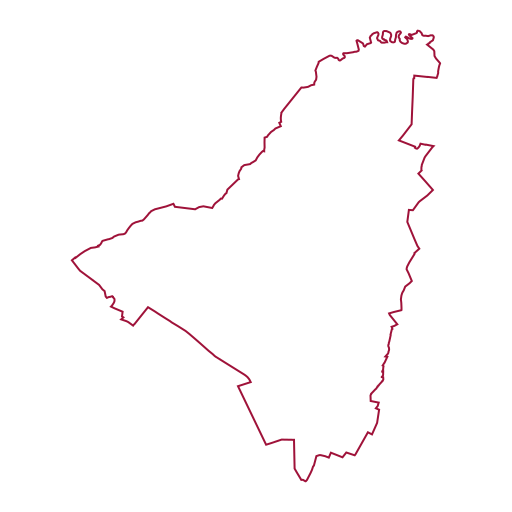 Lazuri, Satu Mare, Romania (Robinson projection)
{"feature_id": "2599482B42166201983382", "entity_name": "Lazuri", "entity_type": "district", "adm_level": 2, "iso_a3": "ROU", "parent_name": "Romania", "parent_adm1": "Satu Mare", "projection": "robinson", "projection_center": [22.883, 47.894], "detail": "fine", "context": "isolated", "style": "outline", "palette": "rose", "viewbox_px": 512, "rotation_deg": 0, "n_neighbors": 0, "source": "geoboundaries", "source_scale": "gbopen_adm2", "svg_char_len": 5896}
<svg xmlns="http://www.w3.org/2000/svg" viewBox="0 0 512 512"><path d="M128.3,322.1L133.1,325.6L133.8,324.6L134.4,324.2L148.0,307.2L154.8,311.4L158.1,313.6L165.0,318.0L170.0,321.1L171.7,322.4L177.9,326.1L185.5,330.9L189.4,334.0L199.7,342.9L208.6,350.8L212.7,354.1L214.7,356.0L215.8,356.8L244.0,374.4L245.6,375.5L247.5,377.1L249.1,379.1L249.7,380.1L250.7,382.1L238.0,386.2L266.1,444.7L270.9,443.2L281.6,439.6L294.0,439.8L294.6,468.6L296.8,472.4L301.3,479.9L302.4,479.8L303.1,479.9L305.4,481.3L305.8,481.2L306.1,480.9L307.0,479.9L310.6,472.9L312.0,469.8L313.0,466.7L313.4,466.1L313.9,465.6L316.4,456.1L319.4,455.1L320.5,455.1L325.2,456.2L328.8,457.6L330.9,452.7L342.5,457.3L346.3,452.5L354.7,455.3L355.5,454.3L367.9,432.3L372.0,434.4L377.1,422.9L379.1,409.7L375.9,408.3L377.7,406.0L378.7,402.6L370.7,401.0L370.5,395.5L370.8,394.7L371.2,394.1L371.1,393.8L375.5,389.2L376.3,388.6L377.1,387.1L377.6,386.8L377.7,386.2L378.2,385.9L378.4,385.5L378.6,385.5L379.4,384.4L381.7,381.9L381.9,381.4L382.2,381.4L382.6,381.0L383.3,379.5L383.3,378.9L383.2,377.3L381.8,377.1L381.8,376.9L382.2,376.6L383.0,375.4L383.1,374.9L383.2,371.6L382.4,371.9L382.2,371.8L382.2,371.3L382.8,370.3L383.2,369.1L383.2,367.9L383.5,366.5L383.5,366.1L383.3,365.8L382.7,365.5L383.5,364.2L384.3,362.9L384.5,362.8L387.3,356.8L385.4,356.5L388.0,353.6L388.4,352.6L388.5,351.5L388.9,350.6L389.1,349.5L389.0,347.9L388.3,346.1L388.3,345.0L388.8,343.9L388.8,342.9L389.3,341.5L390.7,335.0L390.5,334.7L391.9,329.1L392.4,328.9L392.2,328.0L391.6,326.8L394.3,325.9L397.3,324.3L389.8,315.0L389.1,313.4L393.9,312.0L401.3,310.2L401.5,310.0L401.5,307.9L401.3,302.9L400.9,299.3L401.4,295.6L402.1,293.3L402.6,292.2L403.7,290.4L405.2,286.6L409.6,283.2L411.8,281.0L408.6,273.3L406.6,269.3L406.7,268.2L407.2,266.5L409.3,262.4L414.5,254.0L414.6,253.5L414.4,253.1L419.3,248.7L417.4,245.9L414.5,239.2L407.3,221.9L408.9,209.9L412.6,210.2L412.9,210.2L413.2,209.8L418.7,202.2L419.8,201.2L427.3,195.5L432.9,190.0L425.4,181.4L418.4,173.6L421.6,170.5L421.4,170.2L421.4,167.9L421.5,166.7L421.7,166.3L421.8,164.9L424.6,157.6L425.4,156.3L432.3,147.3L433.5,146.1L425.9,144.6L425.7,144.8L420.5,143.7L419.6,146.0L418.4,147.6L417.3,148.6L416.3,148.6L414.9,147.7L415.1,146.7L398.9,140.4L402.9,135.6L411.6,124.3L412.1,111.1L412.7,97.4L413.3,79.6L413.5,78.5L413.9,78.1L414.2,78.1L414.3,75.6L427.6,77.0L427.7,76.9L436.6,77.9L436.9,77.1L437.2,76.6L437.4,75.7L438.1,73.4L438.2,72.3L438.1,71.4L438.9,67.1L439.4,65.2L440.1,63.4L440.0,63.1L436.0,58.5L434.8,56.5L434.5,55.9L434.3,51.2L433.8,50.3L433.2,49.5L427.1,44.6L429.2,43.3L429.1,43.2L429.5,43.0L429.9,42.3L432.9,40.3L433.6,38.1L433.8,37.1L433.6,36.4L432.6,35.3L430.5,35.3L429.9,35.6L428.1,36.1L425.5,35.7L423.9,35.8L422.8,35.4L422.2,34.9L421.7,33.3L419.9,31.3L418.9,30.9L417.6,30.7L417.0,31.4L417.0,32.4L416.6,33.0L415.7,33.4L411.7,34.9L409.9,34.2L409.2,34.1L408.9,34.6L409.4,35.4L412.5,38.2L412.3,38.7L411.6,38.9L410.5,38.8L409.3,38.4L406.6,36.9L405.9,36.6L405.2,37.3L405.7,37.9L407.1,39.1L407.6,40.4L407.9,41.4L407.7,42.5L406.1,43.6L405.1,43.8L404.1,43.7L402.1,43.0L401.0,42.2L400.3,41.5L399.8,40.6L399.7,39.6L399.8,39.0L399.0,37.8L398.6,36.9L398.8,35.6L399.2,34.9L400.7,33.1L400.9,32.4L400.3,31.5L399.6,31.3L398.4,31.5L397.1,32.2L396.6,32.8L396.0,35.0L395.9,37.3L395.2,39.6L394.9,41.6L394.4,42.1L393.2,42.4L391.7,42.1L390.1,40.8L390.1,39.6L390.2,38.6L391.1,36.2L391.2,35.0L390.8,33.7L390.3,32.8L389.1,32.2L386.5,31.1L384.5,31.0L383.6,31.3L383.0,32.2L382.8,34.8L382.2,36.7L382.1,37.5L382.3,38.4L382.7,38.9L383.9,39.2L384.3,39.6L384.3,39.9L386.0,40.3L386.7,41.0L387.1,42.2L386.2,42.2L384.2,42.7L382.7,42.7L381.5,42.6L380.9,42.1L380.0,40.9L378.1,40.3L377.7,39.6L377.1,38.3L377.2,37.6L378.4,34.9L378.5,33.8L378.0,32.7L377.1,32.2L373.7,33.3L372.2,34.3L371.5,35.3L370.6,36.0L369.8,37.7L371.1,42.6L370.6,43.1L367.0,44.2L364.9,46.6L363.8,46.0L363.2,44.0L362.8,43.3L357.8,40.2L357.0,40.3L356.5,40.8L357.2,43.2L358.8,49.5L358.5,50.8L357.7,51.2L356.3,51.7L354.4,51.8L353.3,52.2L346.9,53.2L343.6,53.2L343.2,53.5L343.2,54.4L343.8,55.2L344.7,56.1L344.8,57.2L344.4,57.8L343.8,58.1L343.1,58.3L342.2,58.9L340.3,60.4L339.7,60.5L339.0,60.2L338.5,59.6L338.3,58.9L337.8,58.3L337.1,57.8L335.4,57.9L334.3,57.6L331.6,55.8L330.2,55.6L329.4,55.8L323.4,59.0L318.7,61.8L318.5,63.2L316.9,66.7L315.4,70.5L315.9,71.9L316.5,76.8L316.1,79.7L314.8,81.6L314.5,82.3L314.3,82.8L314.2,84.6L311.2,85.2L308.2,86.8L306.7,87.1L303.5,87.6L301.4,87.5L300.4,88.7L284.1,109.0L281.3,112.8L281.4,113.2L281.0,115.7L280.8,118.0L280.9,120.2L281.2,121.8L279.3,122.8L280.8,126.2L275.4,128.5L273.9,130.0L271.7,131.5L271.0,132.0L268.0,135.3L267.1,136.8L264.6,137.6L264.5,142.4L264.6,147.6L264.2,149.7L264.2,151.3L263.0,151.0L261.9,151.9L259.4,154.6L257.3,157.4L255.7,160.4L253.0,162.1L251.3,163.0L250.1,164.1L244.3,165.1L241.4,167.3L241.2,168.7L239.5,171.2L238.7,173.3L238.1,175.9L239.0,179.1L238.2,179.3L237.3,180.1L227.4,189.6L226.4,193.2L225.5,193.7L224.1,195.4L222.0,198.7L220.8,198.6L219.7,199.8L215.3,203.3L213.9,205.0L213.2,206.4L212.2,208.0L203.4,206.3L199.1,207.1L195.1,209.3L194.5,209.2L174.9,206.8L173.7,204.3L173.4,203.8L166.2,206.4L154.9,209.3L151.1,211.2L150.1,212.4L149.2,213.1L147.6,215.2L143.9,219.4L142.4,220.6L140.7,220.8L139.1,221.3L138.7,221.5L135.6,222.3L132.4,223.9L130.8,225.6L128.8,228.1L127.3,230.2L126.0,232.5L124.8,233.7L123.4,234.2L119.1,234.6L118.3,234.8L114.2,236.5L113.3,237.1L112.9,237.6L112.3,238.0L108.9,239.2L108.0,239.3L102.8,240.8L102.2,241.2L101.2,243.2L100.1,244.8L98.1,245.7L98.5,246.5L95.0,247.4L90.9,247.9L84.8,251.1L80.3,254.1L75.5,257.9L75.2,257.5L71.9,260.3L78.2,268.5L80.1,270.8L99.1,284.9L102.4,289.3L104.6,291.1L105.7,296.5L106.9,297.9L108.6,297.1L110.4,296.8L112.2,296.2L113.0,296.8L113.0,297.3L113.8,298.1L114.3,298.7L114.5,299.3L114.5,300.9L114.3,301.7L113.6,303.2L111.9,305.7L111.0,306.6L114.5,308.3L122.6,311.7L122.0,316.4L123.4,317.4L121.2,319.4L126.5,321.2L128.3,322.1Z" fill="none" stroke="#9f1239" stroke-width="2"/></svg>